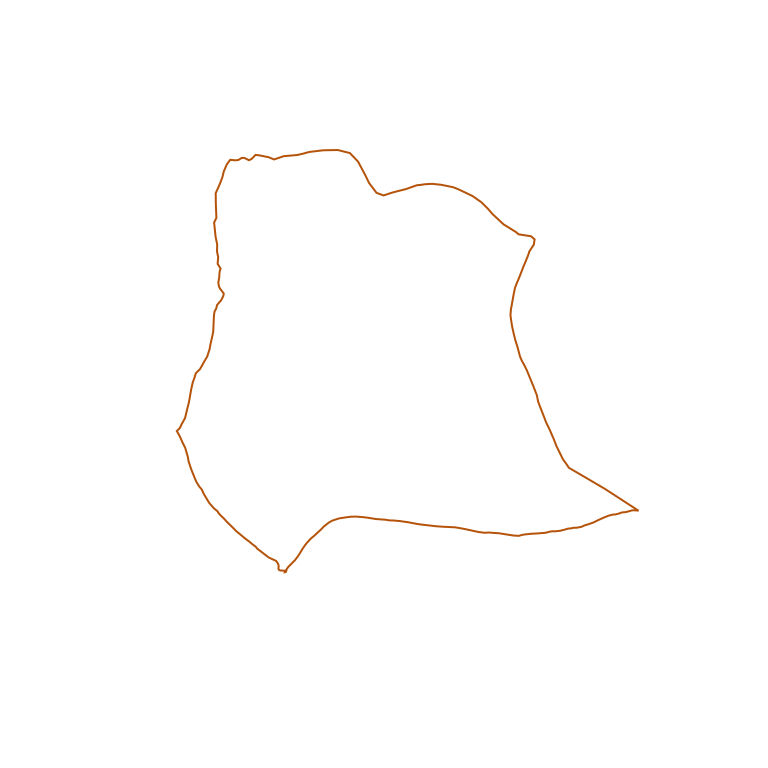 Champhone, Savannakhét, Laos, rotated 46°
{"feature_id": "54806243B27710680023105", "entity_name": "Champhone", "entity_type": "district", "adm_level": 2, "iso_a3": "LAO", "parent_name": "Laos", "parent_adm1": "Savannakhét", "projection": "mercator", "projection_center": [105.234, 16.49], "detail": "fine", "context": "isolated", "style": "outline", "palette": "amber", "viewbox_px": 768, "rotation_deg": 46, "n_neighbors": 0, "source": "geoboundaries", "source_scale": "gbopen_adm2", "svg_char_len": 3669}
<svg xmlns="http://www.w3.org/2000/svg" viewBox="0 0 768 768"><g transform="rotate(46 384 384)"><path d="M317.3,188.4L310.1,189.8L295.7,195.2L290.4,197.6L280.4,204.5L273.7,210.1L270.7,213.5L268.5,216.1L267.0,218.3L263.8,222.4L259.0,232.9L254.5,240.7L251.9,245.4L250.2,248.9L248.1,253.3L241.3,256.6L229.0,255.1L220.2,252.2L210.9,249.6L206.2,248.2L194.2,248.1L183.6,254.7L173.8,265.2L165.2,276.5L162.1,282.2L158.8,287.6L150.5,297.8L146.1,307.1L140.8,309.4L132.3,315.3L129.9,317.4L130.1,320.1L130.1,323.0L129.2,325.7L126.5,326.6L123.9,327.7L122.5,329.5L121.7,333.1L120.1,335.3L115.9,338.9L116.8,344.4L119.7,351.4L122.8,356.3L125.4,361.7L127.7,367.1L129.8,372.5L132.4,374.9L135.1,377.5L138.0,380.2L148.0,389.1L149.9,394.1L155.4,398.4L161.0,402.8L167.8,407.1L172.7,412.1L177.6,415.2L182.0,420.2L187.5,421.4L188.0,422.7L189.6,424.9L193.1,428.8L196.2,433.0L198.2,434.3L199.2,434.9L201.4,435.7L207.5,436.4L209.0,438.3L210.6,442.9L211.2,449.1L213.1,452.2L214.2,455.6L215.8,457.8L219.0,461.3L221.1,463.5L227.8,470.6L228.7,471.9L229.8,473.5L235.2,481.7L238.0,485.6L239.6,488.7L241.5,492.2L242.8,497.2L244.7,503.4L245.5,506.2L245.5,511.8L247.9,516.1L249.9,520.3L253.9,526.4L261.7,537.1L265.1,542.6L270.3,550.8L272.5,558.0L273.8,561.3L273.9,564.5L273.9,565.7L279.3,567.1L281.7,567.9L282.1,568.1L287.1,569.9L291.7,571.3L300.1,575.7L303.9,578.3L309.1,580.8L312.8,582.5L320.5,585.6L324.3,587.0L329.2,588.1L333.4,588.4L337.2,589.8L341.0,590.7L345.7,591.8L348.6,592.4L353.2,592.6L355.2,592.7L359.9,592.2L362.2,592.7L365.2,592.8L370.1,592.6L373.4,592.8L382.8,592.5L387.0,592.5L398.8,591.2L403.1,590.5L408.2,589.9L412.2,589.3L414.0,589.6L420.2,588.7L428.8,587.4L436.3,584.5L438.9,584.9L439.5,585.0L440.6,585.5L441.3,585.9L442.1,586.6L442.8,587.4L443.5,588.2L444.5,588.6L445.2,588.6L446.1,588.1L446.8,587.5L447.6,586.7L448.5,585.9L448.9,585.5L449.2,585.3L449.7,585.2L450.2,585.5L450.5,586.1L451.0,585.3L450.9,584.8L450.4,584.2L450.2,583.6L449.8,583.5L449.1,580.1L449.0,575.7L448.9,570.4L448.5,568.1L448.5,567.9L448.4,567.0L447.8,564.0L446.9,560.6L445.9,556.7L445.1,552.7L444.7,549.7L444.5,546.7L444.4,543.8L444.7,539.3L444.9,529.8L444.7,526.5L445.0,523.5L445.3,520.2L446.4,516.0L449.5,509.6L454.0,503.3L456.8,499.6L460.1,496.1L465.3,491.5L468.5,488.9L471.5,486.6L475.3,483.8L482.9,477.0L485.7,475.0L489.1,471.7L493.5,467.9L500.7,462.3L504.3,459.8L509.0,456.4L514.2,452.2L517.8,449.2L522.0,445.8L528.1,440.3L536.5,432.4L540.4,429.5L544.8,426.4L556.4,418.6L561.1,414.8L563.7,411.7L567.8,408.1L571.2,405.0L582.6,396.4L586.8,392.6L588.6,389.3L590.2,387.0L592.7,383.8L594.4,381.6L596.2,379.6L597.4,378.2L599.1,376.2L600.7,374.2L602.5,372.1L603.7,370.4L605.1,367.8L606.7,365.4L608.8,363.3L610.6,361.0L611.9,359.3L612.9,357.6L613.9,355.9L615.8,352.2L617.1,350.6L618.3,348.9L618.9,347.8L619.5,347.0L620.6,346.0L622.1,344.0L624.0,340.9L625.1,337.8L626.7,334.8L627.7,332.6L629.0,329.8L630.4,325.4L631.6,322.0L633.4,317.1L635.1,313.2L637.1,309.8L638.7,308.0L640.4,304.9L641.6,302.2L643.9,299.3L645.5,296.6L647.2,293.3L649.5,290.9L651.9,289.0L652.1,288.9L612.7,298.0L572.7,309.2L568.4,308.4L562.6,307.6L548.5,303.1L542.2,300.4L536.0,298.1L531.8,296.5L528.7,295.5L524.1,294.0L518.5,291.6L508.2,287.3L503.8,285.4L498.2,281.8L490.3,278.5L479.3,274.1L473.5,271.8L468.0,270.0L463.0,268.7L458.8,267.1L455.7,265.4L450.2,262.3L443.9,259.2L438.0,255.8L431.2,251.6L425.4,247.5L422.2,245.1L418.3,240.6L415.1,236.1L409.8,228.8L405.8,222.9L404.0,219.1L401.7,213.6L399.1,207.9L396.5,202.4L394.1,196.7L391.2,190.2L389.6,187.4L387.8,179.4L384.6,175.2L379.9,175.6L375.8,178.7L369.8,183.2L366.5,183.5L352.2,187.1L337.5,187.9L329.7,187.5L320.7,187.7L317.3,188.4Z" fill="none" stroke="#b45309" stroke-width="2"/></g></svg>